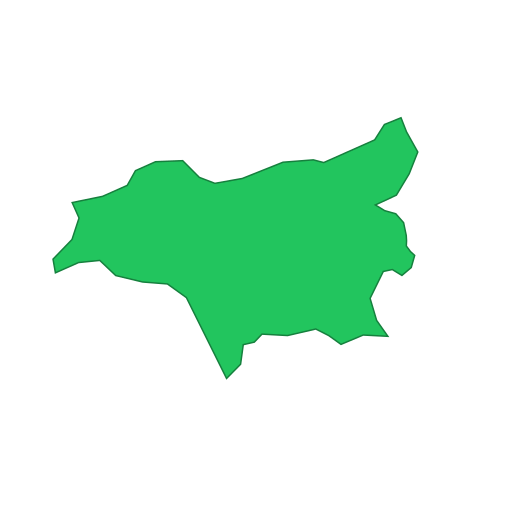 an SVG outline of Alebtong, rotated 336°
{"feature_id": "UGA-5606", "entity_name": "Alebtong", "entity_type": "District", "adm_level": 1, "iso_a3": "UGA", "parent_name": "Uganda", "parent_adm1": "", "projection": "mercator", "projection_center": [33.268, 2.239], "detail": "fine", "context": "isolated", "style": "filled", "palette": "green", "viewbox_px": 512, "rotation_deg": 336, "n_neighbors": 0, "source": "natural_earth", "source_scale": "10m", "svg_char_len": 839}
<svg xmlns="http://www.w3.org/2000/svg" viewBox="0 0 512 512"><g transform="rotate(336 256 256)"><path d="M343.8,383.0L321.8,371.8L297.7,371.3L290.1,358.3L280.9,347.0L252.5,341.5L229.7,329.8L219.4,334.0L208.3,331.8L197.9,348.6L179.3,355.9L175.5,265.7L163.7,245.5L141.8,233.6L119.9,216.8L111.5,196.5L91.2,189.8L65.9,189.8L69.3,176.3L94.6,166.1L109.8,149.3L109.8,132.4L140.1,139.1L167.1,139.1L180.6,129.0L202.5,129.0L227.8,139.1L236.2,161.1L248.0,172.9L275.0,179.6L318.8,181.3L347.5,191.5L355.9,198.2L411.6,198.2L426.8,188.1L444.7,188.7L444.0,203.8L446.1,226.8L429.4,243.2L409.0,257.5L385.8,257.9L392.0,266.9L400.9,274.3L404.4,285.6L401.6,298.4L399.7,303.4L397.4,308.0L398.9,314.7L401.2,320.0L393.1,329.7L381.4,333.1L375.0,323.8L366.0,321.9L343.0,341.1L340.0,363.9L343.8,383.0Z" fill="#22c55e" stroke="#15803d" stroke-width="1.5"/></g></svg>